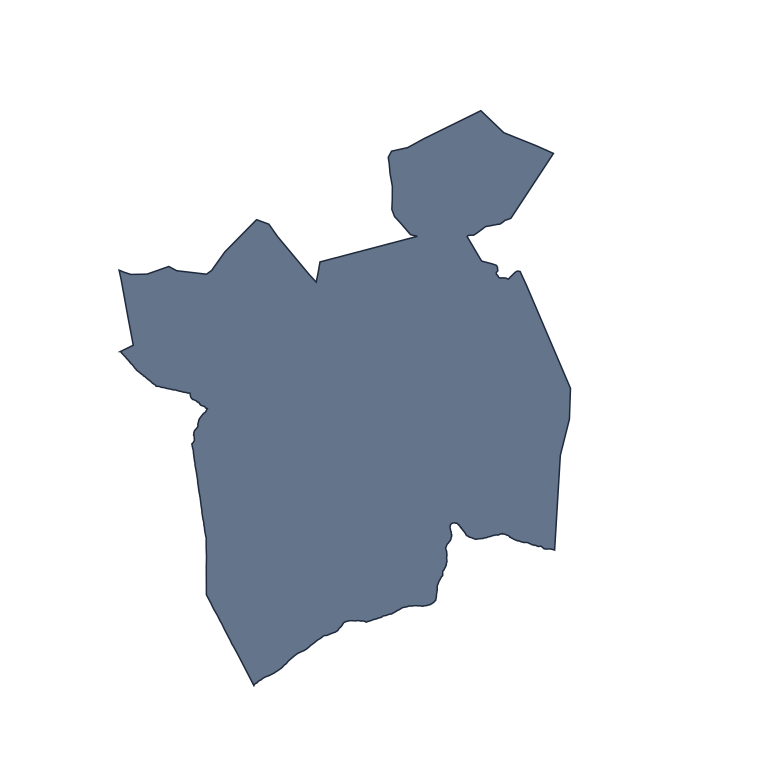 Ranerou, Matam, Senegal (Robinson projection), rotated 61°
{"feature_id": "50182788B34306626760019", "entity_name": "Ranerou", "entity_type": "district", "adm_level": 2, "iso_a3": "SEN", "parent_name": "Senegal", "parent_adm1": "Matam", "projection": "robinson", "projection_center": [-14.026, 15.106], "detail": "fine", "context": "isolated", "style": "filled", "palette": "slate", "viewbox_px": 768, "rotation_deg": 61, "n_neighbors": 0, "source": "geoboundaries", "source_scale": "gbopen_adm2", "svg_char_len": 6158}
<svg xmlns="http://www.w3.org/2000/svg" viewBox="0 0 768 768"><g transform="rotate(61 384 384)"><path d="M612.0,315.3L531.8,264.3L504.7,238.9L478.2,223.0L366.6,211.5L351.6,210.4L350.1,212.2L349.8,213.4L349.9,215.1L352.0,222.8L352.4,223.5L352.5,224.5L350.5,226.0L349.8,226.9L347.8,230.4L347.2,231.6L346.4,231.9L344.1,231.9L342.6,232.4L341.5,232.2L341.0,231.7L340.2,229.6L339.5,229.2L338.6,229.1L337.2,228.2L334.8,228.1L331.4,231.1L323.9,238.9L321.4,239.1L295.2,239.8L295.0,238.9L295.1,238.1L295.3,237.2L297.3,233.4L297.3,232.4L296.9,228.2L295.9,221.1L295.6,219.8L295.6,219.1L296.0,217.4L296.8,215.4L299.3,207.6L300.3,205.4L300.3,204.0L300.0,200.9L299.6,199.2L299.6,198.8L299.6,198.0L299.9,197.3L300.6,192.7L264.5,124.0L250.2,134.7L222.3,157.4L191.9,166.8L188.8,229.8L188.7,248.7L184.0,264.5L187.8,270.4L193.5,272.5L202.9,276.7L215.2,280.9L226.6,287.3L235.1,292.5L242.7,293.6L251.2,291.5L266.3,288.4L271.0,283.2L246.2,380.8L254.5,387.5L262.0,393.9L252.2,396.3L203.5,405.6L188.4,407.2L178.5,415.8L191.3,459.2L201.1,479.7L201.9,486.0L184.4,510.4L176.9,515.2L173.0,538.0L165.5,552.2L160.5,556.9L156.0,560.5L165.3,563.3L201.6,575.6L228.5,584.5L227.8,599.0L228.0,598.7L228.7,598.6L229.0,598.3L230.2,598.4L231.4,597.9L233.5,597.5L235.4,596.9L236.4,596.9L238.8,596.2L239.9,596.1L241.2,595.6L241.8,595.8L244.5,595.1L245.2,594.7L250.1,594.1L250.6,593.7L251.6,593.8L253.2,593.2L254.6,592.5L256.4,591.9L257.1,591.4L257.8,591.4L259.4,590.4L260.4,590.4L261.3,589.6L262.4,589.3L266.3,587.9L267.4,587.2L268.2,587.1L268.9,586.7L271.2,586.1L273.2,584.9L274.5,584.4L275.3,584.5L275.8,584.0L276.9,582.1L277.4,581.5L278.0,581.2L278.8,580.5L279.5,579.7L280.6,577.9L281.4,577.4L281.7,576.8L282.2,576.6L283.8,574.7L285.0,573.1L286.8,571.4L287.5,570.1L288.4,569.0L289.1,568.4L290.5,566.9L291.2,566.4L292.3,564.8L293.1,564.2L293.6,563.7L294.5,562.6L295.7,560.9L296.5,560.4L297.0,559.8L297.6,558.5L297.9,558.2L298.5,558.3L300.7,559.1L302.4,559.4L304.8,558.9L305.2,558.2L307.3,556.7L308.3,556.1L309.2,556.0L309.7,555.4L310.2,555.4L310.4,555.0L311.0,554.7L311.5,554.8L311.8,554.6L312.6,554.9L314.0,554.4L315.6,552.8L317.1,551.7L318.2,551.7L318.8,551.5L319.8,550.4L321.7,553.2L322.1,554.0L322.2,554.5L322.2,555.8L322.5,556.8L324.6,561.7L325.0,562.4L325.5,562.9L325.8,563.6L327.0,564.4L328.9,566.4L330.2,566.9L331.2,567.6L332.9,572.3L334.4,574.0L335.4,574.4L336.3,575.4L337.6,575.3L339.5,576.3L340.1,576.4L340.6,576.8L341.3,577.1L342.4,578.7L342.8,579.8L343.0,580.1L343.2,581.1L347.7,582.6L348.7,582.7L349.6,583.0L352.6,584.4L353.6,584.7L355.3,585.4L356.1,585.9L357.1,586.0L358.6,586.8L361.8,587.7L362.6,588.3L363.9,588.8L367.0,589.8L368.6,590.4L369.8,590.7L371.2,591.2L371.6,591.5L372.9,591.7L373.7,592.3L376.0,592.9L376.8,593.4L377.5,593.5L379.3,594.5L384.2,596.3L385.7,597.0L386.6,597.1L387.4,597.7L391.6,599.0L392.8,599.5L393.9,599.7L395.3,600.4L396.8,600.9L398.2,601.6L399.8,602.1L401.3,602.8L405.7,604.4L406.6,604.6L407.3,605.2L409.3,606.0L415.1,608.1L415.8,608.2L417.8,608.8L420.5,610.1L422.1,610.5L424.8,611.7L431.0,613.8L432.0,613.9L440.8,618.8L449.4,623.2L457.6,628.0L482.2,641.5L491.9,641.7L498.1,642.1L505.9,641.9L511.3,642.2L514.8,642.1L521.4,642.5L534.5,642.8L537.5,643.1L540.9,642.9L550.3,643.0L584.7,644.0L583.8,642.8L583.7,641.8L583.8,640.1L583.1,637.9L583.0,636.7L583.2,635.2L582.7,632.6L582.7,629.7L582.9,628.3L583.3,626.3L583.5,622.0L583.4,621.1L583.6,620.0L583.4,619.2L583.3,617.3L582.9,612.7L582.6,610.6L581.6,608.0L581.2,605.0L580.1,602.4L579.6,600.6L578.2,593.5L577.8,590.1L578.1,585.3L578.4,583.1L578.3,580.6L577.8,577.6L577.1,574.9L576.5,570.1L575.9,567.2L575.7,565.6L575.7,563.1L575.5,561.2L575.1,559.8L575.1,558.1L576.1,556.1L576.3,555.0L576.4,554.0L576.4,552.7L576.7,551.7L576.9,549.5L577.4,547.1L577.3,544.3L576.9,543.2L575.8,541.4L575.7,539.9L574.7,537.5L573.3,535.2L573.2,533.9L573.4,533.0L573.4,532.1L574.3,529.1L575.0,527.5L577.3,523.9L578.5,521.0L580.4,518.9L580.4,518.3L580.8,517.6L582.3,515.8L583.2,515.5L583.8,514.7L583.8,513.5L584.4,511.4L585.1,506.6L585.7,505.0L586.2,501.3L586.7,500.1L586.8,499.3L586.5,497.3L586.7,496.3L587.3,495.1L588.0,490.8L588.9,488.7L588.7,487.7L588.8,485.6L588.7,483.9L588.8,483.1L588.5,482.3L588.8,480.7L588.6,476.1L590.0,471.9L590.4,469.5L591.6,467.6L592.3,465.7L593.2,463.7L594.4,462.0L595.6,459.8L597.2,457.9L597.6,456.0L598.4,454.6L598.8,452.4L599.1,451.8L599.4,450.1L599.2,449.2L599.3,448.4L599.1,446.3L598.7,445.4L598.3,443.7L595.3,441.2L593.3,440.0L591.8,438.7L589.5,437.0L587.0,435.7L586.0,435.0L585.1,433.6L583.4,431.8L581.9,429.3L581.4,428.7L581.1,428.0L580.4,427.2L580.4,426.6L580.0,425.5L579.2,425.2L578.7,424.7L577.1,424.0L576.5,423.5L575.8,422.6L575.9,422.1L574.8,420.5L574.2,419.5L573.7,418.7L573.2,418.4L572.6,417.3L570.9,416.3L570.2,415.3L569.5,414.8L566.5,413.6L563.8,411.6L562.6,411.3L562.0,411.1L561.6,410.6L560.9,410.4L558.2,410.0L557.7,409.8L555.2,407.1L554.6,406.0L554.3,404.7L553.9,404.1L553.5,402.9L552.7,401.4L552.1,400.6L551.3,400.2L550.7,399.3L550.3,399.1L549.6,398.3L549.1,398.3L548.6,397.8L548.2,398.0L545.8,396.8L544.8,396.9L542.7,396.1L541.7,395.9L540.7,395.4L540.3,394.7L539.3,394.2L538.8,392.3L539.1,390.7L540.0,389.1L540.6,388.7L541.1,387.6L543.1,387.2L543.8,386.7L544.2,386.9L544.9,386.6L546.5,386.6L547.0,386.1L547.4,386.4L548.2,386.3L549.3,385.8L549.8,386.0L552.5,385.4L553.0,385.5L554.0,385.2L555.6,385.4L556.9,385.1L557.7,384.3L559.3,383.7L560.0,382.7L560.6,382.3L561.1,381.7L563.2,380.2L563.9,379.3L564.3,379.0L564.7,378.4L564.7,377.6L567.2,372.1L567.1,371.0L567.8,369.7L568.2,368.1L568.2,367.1L568.9,365.2L569.4,361.8L569.8,361.4L570.1,359.8L570.9,358.1L571.4,357.7L571.9,353.6L572.2,353.1L572.7,353.2L573.3,351.8L574.4,350.8L575.8,349.8L576.5,349.0L578.7,347.9L579.1,348.2L579.7,347.6L580.7,347.1L581.3,346.4L582.1,346.2L586.0,343.2L586.3,342.2L586.6,342.2L587.1,341.6L588.2,340.9L588.8,340.1L590.4,338.6L591.6,336.3L592.9,334.7L593.9,334.3L595.1,333.1L595.8,332.9L596.3,332.5L596.8,332.0L597.3,331.2L598.0,330.8L598.4,329.8L598.9,329.3L600.3,328.5L601.0,327.7L601.9,325.4L602.6,325.0L604.0,324.6L604.9,324.0L605.6,324.0L606.0,323.4L606.5,323.0L607.0,322.2L608.3,319.5L609.0,318.3L610.4,316.9L611.0,316.1L612.0,315.3Z" fill="#64748b" stroke="#1e293b" stroke-width="1.5"/></g></svg>